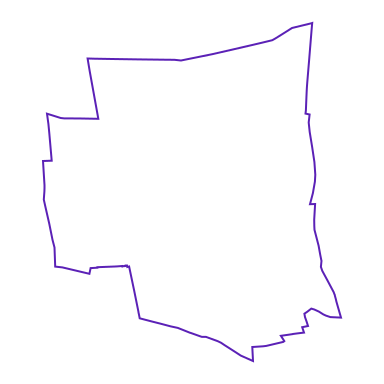 outline of Capital, San Juan, Argentina
{"feature_id": "61730980B45550942809451", "entity_name": "Capital", "entity_type": "district", "adm_level": 2, "iso_a3": "ARG", "parent_name": "Argentina", "parent_adm1": "San Juan", "projection": "equal_earth", "projection_center": [-68.531, -31.533], "detail": "fine", "context": "isolated", "style": "outline", "palette": "violet", "viewbox_px": 384, "rotation_deg": 0, "n_neighbors": 0, "source": "geoboundaries", "source_scale": "gbopen_adm2", "svg_char_len": 1843}
<svg xmlns="http://www.w3.org/2000/svg" viewBox="0 0 384 384"><path d="M334.8,295.0L334.3,293.9L333.7,292.2L327.6,280.7L322.3,270.9L320.9,266.9L321.5,260.8L321.4,260.6L320.2,254.6L318.6,245.7L314.9,231.4L314.5,229.9L314.3,226.0L314.2,219.7L315.1,204.0L310.0,204.2L312.9,193.1L314.9,181.7L315.3,174.8L314.4,162.0L312.2,147.3L309.7,132.0L308.7,122.5L309.6,114.5L305.5,113.6L305.9,110.3L306.4,97.7L306.7,90.9L306.9,87.3L307.2,83.2L308.5,67.5L309.0,61.6L311.4,32.2L311.9,26.2L312.2,23.0L311.3,23.3L292.0,28.0L281.9,34.4L275.3,38.5L272.3,40.2L262.0,42.7L251.8,45.1L212.2,54.2L181.0,60.5L174.4,59.8L164.1,59.7L138.8,59.4L112.1,59.0L94.2,58.7L87.6,58.5L87.9,60.3L88.6,64.6L89.8,71.7L97.6,114.8L98.3,118.8L81.4,118.5L69.4,118.4L64.3,118.4L60.7,118.0L51.5,115.1L47.0,113.7L48.4,123.9L49.3,133.2L51.7,160.7L43.0,161.0L44.5,185.2L44.5,188.1L44.4,191.4L43.8,199.6L45.4,206.8L49.3,223.9L52.1,237.8L52.5,239.8L54.5,247.5L55.2,266.6L62.4,267.4L81.8,272.0L89.4,273.8L90.6,268.1L97.4,267.7L97.4,267.2L110.0,266.7L115.1,266.5L117.1,266.4L119.7,266.2L122.3,266.0L122.4,266.5L125.4,265.6L125.4,266.0L127.0,265.6L127.3,267.0L129.1,266.5L133.0,285.1L134.2,290.8L138.2,310.6L138.4,311.6L138.6,313.0L138.8,313.7L139.7,318.3L145.0,319.7L152.7,321.7L160.6,323.7L170.8,326.4L177.8,327.9L183.1,330.0L190.1,332.8L190.6,332.9L201.6,336.8L202.5,336.9L206.0,336.9L217.8,341.2L221.1,342.8L224.5,345.1L228.9,347.9L240.8,355.6L242.6,356.4L252.3,360.7L253.0,361.0L252.3,347.0L263.1,346.3L266.3,345.9L283.3,341.9L284.3,341.1L280.9,335.8L288.7,334.7L292.7,334.1L292.8,334.0L297.4,333.4L304.0,332.6L302.2,327.2L308.0,326.0L306.6,321.6L305.0,317.1L304.4,313.7L307.2,311.8L311.3,308.6L314.3,309.5L318.9,311.6L323.3,314.4L325.9,315.6L330.4,317.1L341.0,317.6L338.2,307.9L336.6,302.3L336.4,301.6L335.8,299.0L334.9,295.8L334.8,295.0Z" fill="none" stroke="#5b21b6" stroke-width="2"/></svg>